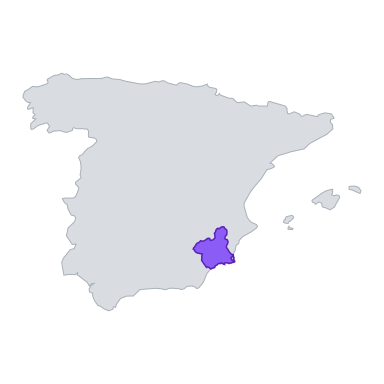 where Murcia sits in Spain
{"feature_id": "ESP-5836", "entity_name": "Murcia", "entity_type": "Autonomous Community", "adm_level": 1, "iso_a3": "ESP", "parent_name": "Spain", "parent_adm1": "", "projection": "robinson", "projection_center": [-1.387, 38.068], "detail": "fine", "context": "in_parent", "style": "filled", "palette": "violet", "viewbox_px": 384, "rotation_deg": 0, "n_neighbors": 0, "source": "natural_earth", "source_scale": "10m", "svg_char_len": 6916}
<svg xmlns="http://www.w3.org/2000/svg" viewBox="0 0 384 384"><path d="M207.3,84.1L207.3,85.2L209.3,87.2L215.3,88.4L216.8,89.2L216.5,92.0L215.1,94.4L216.3,95.5L217.8,95.4L219.5,93.5L219.9,94.8L222.6,95.9L228.6,98.1L232.8,98.4L237.2,102.7L244.3,101.9L250.7,106.1L256.7,105.2L258.1,106.0L267.4,106.1L267.9,102.7L269.0,101.3L285.2,106.0L287.2,108.9L286.9,110.4L287.8,113.8L289.9,113.7L294.2,111.8L299.7,114.1L301.2,116.2L302.3,116.3L306.5,114.3L317.7,116.7L318.1,115.1L318.9,114.7L323.6,113.2L325.6,112.9L331.6,114.0L332.3,115.9L333.5,116.6L334.0,118.3L330.6,119.3L330.2,122.2L332.5,124.6L332.8,128.9L326.8,134.3L309.7,143.5L304.1,148.9L291.2,151.7L277.9,155.8L270.0,163.1L272.1,163.7L274.5,166.2L273.7,167.3L270.2,169.0L267.1,169.5L261.4,178.5L253.4,187.9L250.4,192.1L244.1,203.1L244.1,206.3L247.2,217.2L249.1,220.1L251.6,222.5L256.4,224.5L257.6,226.5L255.9,228.5L251.2,231.9L242.9,236.5L239.3,240.2L238.6,243.7L236.2,245.3L235.2,250.2L231.9,257.0L231.7,258.8L234.3,261.3L231.7,262.9L218.9,263.5L210.9,268.8L206.9,273.6L203.3,282.4L198.9,287.7L196.9,288.6L193.9,286.3L190.1,286.0L186.5,286.7L184.6,288.5L181.6,289.6L178.7,288.7L172.3,288.2L169.5,288.3L165.1,289.8L161.4,288.8L155.0,288.3L141.2,289.5L139.5,290.0L133.3,296.0L126.6,296.1L120.5,298.5L116.4,304.3L115.6,307.4L114.4,306.7L113.4,306.9L112.9,309.3L108.7,310.8L104.1,308.9L100.2,306.0L98.2,305.8L94.9,301.3L93.5,298.4L92.6,295.4L92.6,293.2L89.6,292.0L89.0,289.1L91.2,285.4L94.1,283.4L91.4,283.6L89.4,286.0L87.1,282.2L77.2,274.8L77.8,272.2L76.1,274.1L74.9,274.7L69.8,274.3L63.9,275.2L61.7,262.7L63.3,258.3L70.1,249.7L74.2,248.6L76.0,244.2L72.2,244.4L66.4,235.8L68.1,227.9L74.2,222.0L75.3,219.6L75.5,217.4L74.4,215.8L71.1,215.0L67.9,208.7L67.3,204.8L64.5,202.6L62.3,198.7L64.4,198.1L72.9,198.1L75.0,197.1L76.6,194.5L78.3,190.2L78.7,187.6L75.5,183.9L75.4,183.2L75.9,181.9L81.1,177.8L80.1,174.8L81.1,168.3L80.8,164.5L80.3,161.4L78.6,157.5L79.8,155.8L82.5,154.4L84.8,151.2L87.9,148.4L92.0,146.3L96.9,141.5L96.2,139.3L94.6,138.1L88.8,137.2L88.4,136.2L88.5,131.0L87.1,128.9L85.0,129.2L81.7,128.3L80.9,128.8L76.8,128.7L73.9,127.7L72.7,128.5L72.3,130.4L67.4,132.2L64.7,132.2L60.3,130.6L55.2,131.1L54.6,130.7L50.2,132.8L48.8,132.9L47.0,130.3L49.5,126.6L47.5,123.1L46.2,123.0L38.1,125.5L33.3,129.0L31.4,129.4L30.8,128.8L30.7,123.9L35.8,118.8L32.7,118.4L32.9,116.9L35.0,114.6L33.0,112.8L33.2,107.6L28.8,109.3L27.6,109.0L27.7,106.9L30.5,102.7L27.7,102.3L25.6,100.7L23.0,97.3L23.1,95.5L24.7,91.3L28.5,89.3L32.4,86.4L37.5,86.9L45.2,84.5L47.9,83.2L47.9,81.4L47.0,80.1L47.8,78.9L54.2,75.4L57.9,75.0L61.8,73.2L64.3,74.3L66.6,74.0L69.1,75.3L72.4,78.4L77.3,79.6L81.3,78.7L101.6,78.4L107.4,76.9L111.8,78.8L120.4,79.7L125.6,81.2L139.9,83.9L145.1,83.9L155.6,81.3L158.4,82.0L162.6,80.7L164.6,81.0L167.2,82.8L176.4,85.2L178.8,83.1L180.6,82.7L187.2,84.0L193.9,86.6L197.4,86.7L202.4,86.0L207.3,84.1ZM331.6,194.8L334.0,195.8L336.5,194.9L337.9,195.2L339.2,195.7L339.6,197.6L334.3,207.2L330.0,209.8L325.6,207.8L323.1,207.3L322.3,206.5L321.6,203.4L320.5,202.4L318.8,202.0L315.4,204.4L314.4,202.8L312.8,202.5L312.1,201.5L312.1,200.2L322.5,192.8L325.4,191.1L331.8,189.2L332.8,189.5L332.0,190.6L332.9,191.7L331.6,194.8ZM361.0,190.9L360.0,193.5L352.2,190.0L349.7,189.6L349.0,189.0L349.2,186.4L354.4,186.0L358.6,187.3L361.0,190.9ZM289.0,221.6L288.1,223.5L284.3,222.9L283.4,222.1L284.2,219.9L285.3,219.7L285.4,218.2L286.5,216.6L292.0,215.4L293.2,216.4L293.5,217.9L290.3,221.2L289.0,221.6ZM292.9,229.2L292.3,229.6L288.1,229.3L288.0,228.0L288.8,226.3L290.4,228.0L292.8,228.3L292.9,229.2Z" fill="#d9dde1" stroke="#a8b0b8" stroke-width="1"/><path d="M233.3,254.7L233.4,255.9L233.3,256.2L232.6,255.4L232.0,257.0L231.6,257.3L231.1,257.5L230.9,257.9L231.0,258.5L231.8,259.9L232.0,260.2L232.9,260.7L233.5,261.0L234.0,261.1L234.2,260.7L234.6,260.9L234.8,261.3L234.7,261.7L234.3,261.9L234.1,262.2L233.9,262.3L233.7,262.3L233.5,262.1L233.2,262.3L232.5,262.5L232.1,262.6L231.4,263.0L230.4,263.0L230.1,263.1L229.7,263.2L229.1,263.6L228.9,263.5L227.9,263.0L227.1,262.8L225.4,262.8L225.0,262.9L224.6,263.0L224.3,263.2L224.2,263.5L224.2,263.8L224.5,264.4L223.7,264.2L223.0,264.0L222.8,263.7L222.7,263.4L222.1,263.3L221.4,263.0L221.0,262.9L220.7,263.3L220.6,263.6L219.8,263.6L219.0,263.4L218.2,263.8L217.8,264.1L216.7,265.2L216.3,265.4L215.8,265.5L215.6,265.6L215.4,265.7L215.2,265.9L215.1,266.0L214.8,267.2L214.8,267.4L214.6,267.6L214.4,267.5L214.3,267.4L214.1,267.4L213.9,267.6L213.4,268.0L213.1,268.1L212.8,268.1L211.5,268.7L210.9,269.0L208.6,267.3L208.3,267.2L207.0,266.9L206.9,266.9L206.8,267.0L206.7,267.3L206.6,267.2L206.4,267.2L206.2,267.0L205.9,266.7L202.1,261.1L201.9,260.8L201.7,260.6L201.7,260.3L201.6,259.8L201.7,259.5L201.7,259.1L201.7,258.8L201.8,258.5L201.9,258.1L201.9,257.9L201.8,257.6L201.7,256.5L201.7,256.3L201.9,255.8L201.9,255.6L202.0,255.1L202.0,254.8L202.1,254.6L202.4,254.3L202.4,254.1L202.2,253.9L199.8,253.6L198.9,253.2L198.6,253.1L197.4,253.1L196.5,252.5L195.9,252.2L195.1,251.4L194.6,250.6L194.3,250.0L194.3,249.9L194.1,249.7L193.2,249.1L193.6,248.0L193.7,247.8L194.7,246.8L195.4,245.7L196.2,244.3L196.4,243.9L197.2,243.2L197.5,243.0L197.8,242.9L198.3,242.8L198.6,242.7L199.7,241.8L200.3,241.0L200.7,240.7L201.0,240.7L201.4,240.9L201.8,241.2L202.0,241.3L202.9,241.1L203.7,241.0L204.1,240.8L204.7,240.5L205.7,239.8L207.0,239.0L207.1,238.9L207.1,238.7L207.6,238.6L207.7,238.4L207.9,238.3L208.1,238.2L208.3,238.2L208.5,238.3L208.8,238.4L208.9,238.5L209.4,238.4L209.5,238.5L209.8,238.6L209.9,238.8L209.9,239.1L209.8,239.4L209.8,239.6L210.0,239.9L210.1,240.0L210.6,240.2L210.8,240.3L211.0,240.4L211.3,240.3L212.8,239.9L214.6,238.4L214.9,238.2L215.0,238.0L215.0,237.7L215.0,237.3L214.9,236.5L214.9,236.0L214.9,235.0L214.8,234.5L214.6,234.1L214.5,233.9L214.5,233.6L214.4,233.5L214.5,233.3L214.6,233.1L214.9,232.6L215.1,232.4L215.4,232.2L215.5,232.0L215.7,231.8L215.7,231.3L215.7,231.1L215.8,230.6L216.2,229.7L217.0,228.8L217.4,228.5L217.8,228.3L218.0,228.3L218.1,228.5L218.4,228.8L218.7,228.8L220.1,228.0L220.8,227.4L221.0,227.2L221.3,227.1L222.8,226.7L223.0,226.7L223.9,227.0L224.1,227.1L224.3,227.3L224.3,227.5L224.4,227.9L224.5,228.1L225.2,228.8L226.6,229.8L227.0,231.8L227.0,232.5L226.8,233.4L226.7,233.9L226.8,234.6L226.7,234.8L226.6,235.0L226.4,235.2L225.4,236.1L225.3,236.3L225.1,236.7L225.0,237.1L225.0,238.4L225.1,238.9L225.2,239.2L225.5,239.2L225.9,239.3L226.9,239.6L227.2,239.8L227.3,239.9L227.6,240.4L228.0,241.6L228.0,242.0L227.9,242.5L227.6,243.7L227.5,243.9L227.3,244.4L226.6,245.4L226.5,245.8L226.4,246.3L226.4,247.0L226.5,247.5L226.7,247.8L226.9,248.0L227.0,248.2L227.1,248.3L227.6,249.1L228.1,249.9L228.3,250.4L228.5,250.6L228.9,251.2L229.2,251.8L229.3,252.0L230.0,252.8L231.3,254.0L231.5,254.1L232.0,254.3L232.4,254.5L232.5,254.7L232.8,254.8L233.3,254.7L233.3,254.7ZM234.0,257.7L233.8,258.4L233.8,259.1L234.2,260.3L233.6,259.7L233.5,258.8L233.6,257.8L233.4,256.9L233.6,256.9L233.6,257.0L233.9,257.5L234.0,257.7Z" fill="#8b5cf6" stroke="#5b21b6" stroke-width="1.5"/></svg>